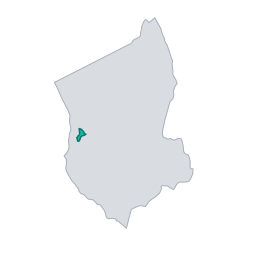 where Butaleja sits in Uganda, rotated 153°
{"feature_id": "UGA-3119", "entity_name": "Butaleja", "entity_type": "County", "adm_level": 1, "iso_a3": "UGA", "parent_name": "Uganda", "parent_adm1": "", "projection": "robinson", "projection_center": [33.927, 0.859], "detail": "fine", "context": "in_parent", "style": "filled", "palette": "teal", "viewbox_px": 256, "rotation_deg": 153, "n_neighbors": 0, "source": "natural_earth", "source_scale": "10m", "svg_char_len": 2646}
<svg xmlns="http://www.w3.org/2000/svg" viewBox="0 0 256 256"><g transform="rotate(153 128 128)"><path d="M172.9,202.0L169.9,202.0L165.0,202.0L160.1,202.0L155.2,202.0L150.3,202.0L145.5,202.0L140.6,202.0L135.7,202.0L130.8,202.0L125.9,202.0L121.0,202.0L116.1,202.0L111.3,202.0L106.4,202.0L101.5,202.0L96.6,202.0L91.7,202.0L88.8,202.0L88.3,201.9L87.9,201.7L86.0,202.1L84.1,203.5L82.1,204.1L79.9,203.8L79.6,204.0L78.5,203.9L77.0,203.9L75.5,204.2L74.4,205.4L73.3,207.5L71.3,209.8L69.8,211.9L68.4,213.4L65.4,215.8L63.7,216.5L62.9,216.4L62.4,215.9L61.4,212.8L60.9,212.3L54.9,213.9L54.0,214.0L54.1,213.0L53.7,205.7L53.6,201.2L54.4,198.4L54.8,195.1L54.9,192.3L55.9,187.4L55.5,184.5L56.9,174.3L57.3,172.7L57.9,167.7L58.7,166.2L59.5,165.6L60.5,162.6L62.5,157.7L63.8,155.3L63.5,149.8L63.8,146.1L64.1,145.3L66.9,143.9L70.7,140.5L72.2,136.5L74.5,133.9L78.8,132.2L91.5,118.4L97.5,111.0L100.1,107.2L100.2,105.8L100.7,104.0L99.6,102.6L98.4,101.3L98.0,100.2L96.9,99.6L95.4,99.6L94.4,98.7L93.2,97.1L92.1,96.0L88.5,96.1L85.7,94.4L85.7,92.1L86.8,87.5L88.9,82.2L89.1,80.8L88.8,79.5L88.3,78.5L87.3,77.4L86.4,76.2L87.1,72.4L88.4,68.7L89.5,66.8L90.6,64.7L90.3,63.0L88.7,62.2L89.5,60.5L91.2,57.7L94.5,54.9L97.4,53.0L99.3,53.0L103.0,54.5L106.3,56.3L108.2,56.4L110.4,55.6L115.1,52.5L116.2,53.5L117.6,55.4L119.0,58.5L121.9,60.0L123.4,61.0L124.4,61.3L124.9,61.0L126.0,58.5L127.4,57.2L129.8,55.5L135.3,54.1L139.2,53.7L140.9,53.4L143.6,52.6L148.0,50.1L152.3,53.3L157.0,54.0L161.5,54.0L162.9,53.0L163.7,52.2L168.4,46.8L174.9,39.5L179.2,49.8L180.6,50.4L180.4,51.3L180.1,52.2L182.9,54.6L186.3,55.9L187.5,57.2L187.7,58.6L186.5,64.6L186.7,66.3L187.8,72.4L189.9,73.7L191.7,79.8L195.4,82.4L195.9,83.1L196.8,86.1L197.9,89.3L198.8,90.0L199.3,90.2L200.4,93.6L199.8,95.6L200.6,101.4L202.0,106.6L202.4,112.9L202.4,115.6L202.4,117.3L202.0,119.7L201.4,121.0L200.2,122.4L198.9,124.5L197.8,126.7L197.1,127.8L197.6,131.2L197.5,132.1L197.2,132.5L195.5,133.0L193.4,133.9L192.1,134.8L190.2,136.5L188.8,138.4L186.8,143.8L183.6,148.0L183.0,149.4L180.0,152.0L178.6,155.1L177.7,158.9L176.6,161.6L174.0,165.4L173.4,171.3L173.5,183.2L172.8,196.7L172.9,202.0Z" fill="#d9dde1" stroke="#a8b0b8" stroke-width="1"/><path d="M172.8,141.9L174.3,141.3L175.8,139.8L177.4,138.6L178.1,138.7L178.7,139.0L178.6,139.6L178.4,140.2L178.3,141.5L177.9,142.7L177.3,142.8L176.8,143.0L176.5,143.4L176.0,143.6L175.5,143.6L175.0,143.7L174.1,144.4L173.4,145.4L172.1,148.8L172.0,149.2L171.8,149.5L171.4,149.4L171.1,149.3L170.7,148.3L170.3,148.0L170.0,147.7L169.8,146.7L169.4,145.6L169.3,144.5L169.3,143.4L169.1,142.4L168.5,141.7L169.8,141.3L171.2,141.6L172.8,141.9Z" fill="#14b8a6" stroke="#0f766e" stroke-width="1.5"/></g></svg>